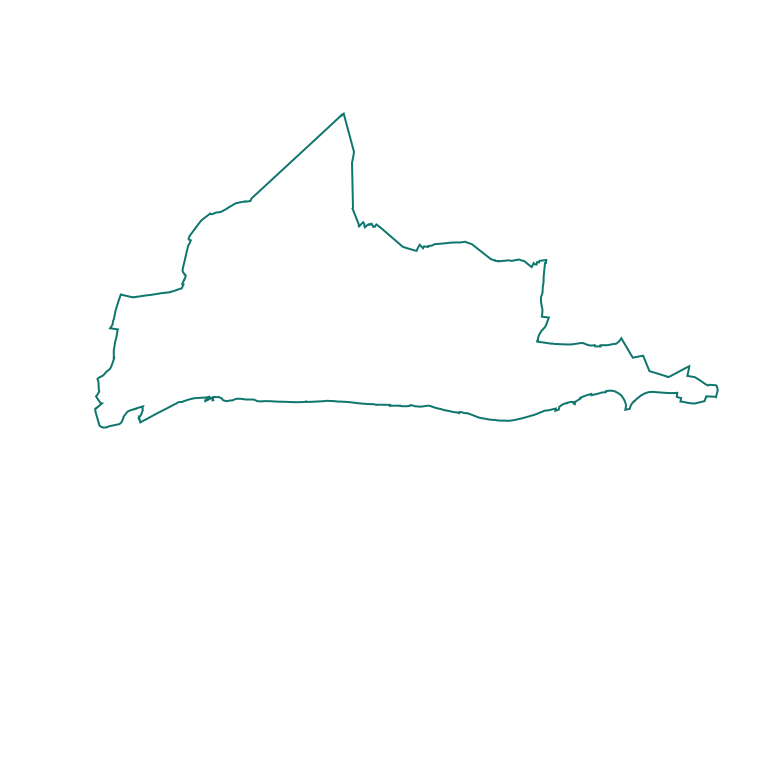 the district of Heerlen, Limburg, Netherlands, rotated 312°
{"feature_id": "6326949B1825961321722", "entity_name": "Heerlen", "entity_type": "district", "adm_level": 2, "iso_a3": "NLD", "parent_name": "Netherlands", "parent_adm1": "Limburg", "projection": "natural_earth1", "projection_center": [5.963, 50.878], "detail": "fine", "context": "isolated", "style": "outline", "palette": "teal", "viewbox_px": 768, "rotation_deg": 312, "n_neighbors": 0, "source": "geoboundaries", "source_scale": "gbopen_adm2", "svg_char_len": 6106}
<svg xmlns="http://www.w3.org/2000/svg" viewBox="0 0 768 768"><g transform="rotate(312 384 384)"><path d="M555.5,172.5L531.3,170.4L433.2,161.4L430.6,162.3L426.8,159.1L427.0,158.7L425.5,157.7L421.7,154.7L419.2,153.0L418.1,152.5L413.9,151.3L411.5,150.4L408.6,149.8L405.0,148.4L402.5,147.5L400.6,146.0L399.8,145.1L399.2,144.6L395.1,142.6L394.5,141.7L394.2,140.6L392.6,140.5L385.2,139.0L382.9,138.8L378.7,139.1L363.7,140.5L362.6,141.0L361.0,141.8L360.8,142.4L361.5,144.3L358.4,145.4L356.6,145.7L354.8,146.4L334.7,157.5L333.8,158.1L332.9,159.3L332.5,160.2L332.3,161.5L332.2,162.9L331.8,163.0L331.9,164.1L331.1,164.7L327.6,166.0L327.5,165.7L323.2,167.2L323.8,168.4L319.6,169.7L318.3,168.7L312.1,165.4L309.2,163.4L309.0,163.5L307.0,161.9L306.0,160.8L302.3,157.6L300.2,156.0L294.1,151.0L291.4,148.6L282.4,141.1L281.5,140.5L281.6,140.4L280.0,138.8L275.8,131.2L274.9,129.7L275.0,129.6L274.4,128.5L267.1,131.6L258.7,135.5L254.8,137.9L250.8,140.1L250.0,140.3L246.3,142.6L242.2,143.2L246.5,149.7L244.5,150.8L240.8,153.2L234.8,156.4L227.9,160.9L223.9,164.6L222.7,165.5L223.0,165.9L221.4,166.8L214.3,169.7L212.2,170.2L211.2,170.2L208.7,169.7L206.4,169.5L204.7,169.6L202.4,169.5L201.7,169.3L197.9,167.9L196.9,167.7L196.1,167.7L195.6,168.2L195.0,169.7L194.6,170.2L193.2,171.7L191.6,173.1L191.1,173.9L189.8,174.9L187.9,177.4L184.0,178.2L182.1,178.3L181.2,181.6L180.3,185.5L180.4,186.5L180.5,186.5L180.5,186.9L180.8,187.4L172.5,186.3L172.8,186.1L172.2,186.0L170.0,188.7L163.1,199.7L162.8,200.5L162.7,201.5L163.2,203.3L163.4,203.4L163.9,204.8L164.6,205.5L166.4,206.8L166.4,207.0L168.8,208.1L176.8,214.0L178.7,214.5L180.0,214.5L181.5,214.1L184.6,212.9L184.8,212.7L185.9,212.3L190.9,211.9L192.1,212.0L193.5,212.5L199.8,216.1L199.5,216.2L200.0,216.5L200.4,216.4L205.2,219.3L206.1,219.9L204.4,220.5L204.0,221.3L203.3,222.2L197.9,224.3L196.7,224.3L195.8,224.0L195.8,223.8L194.7,224.2L194.0,225.2L194.6,225.5L192.4,228.6L211.4,235.4L221.0,239.1L228.8,242.0L230.9,242.9L232.1,243.1L233.3,243.7L236.1,246.4L236.7,246.4L241.5,249.1L243.3,250.3L246.8,252.8L254.2,260.1L255.8,261.5L257.7,262.7L257.6,263.4L255.0,262.9L252.2,262.0L251.7,262.7L258.4,265.3L258.0,266.5L257.1,267.5L257.7,268.0L258.7,266.8L259.9,265.8L260.9,266.6L261.4,267.4L262.8,269.0L263.7,269.7L264.0,270.6L264.3,272.1L264.7,272.6L264.3,275.4L265.8,278.4L268.9,280.8L270.8,282.6L271.0,282.6L272.8,283.4L274.8,284.7L277.5,287.9L279.2,290.5L280.2,291.9L284.7,296.9L285.3,297.7L285.7,298.7L286.0,299.6L286.1,300.1L286.7,301.7L287.9,303.2L289.3,304.8L291.0,306.3L295.2,311.1L300.4,317.6L304.6,322.4L309.5,328.4L312.8,332.1L317.3,336.8L318.5,337.6L318.3,337.7L322.0,341.8L330.6,350.4L333.8,353.3L335.0,355.0L337.7,358.1L340.1,361.5L341.5,363.1L344.2,366.3L347.9,371.2L352.6,377.9L355.1,381.3L356.4,382.8L357.6,384.6L360.7,388.3L360.9,388.3L362.4,390.3L363.4,392.4L363.7,392.4L372.6,402.5L371.7,403.0L373.5,404.8L378.3,410.0L378.1,410.1L379.7,412.4L382.3,415.4L384.3,417.2L385.7,418.1L386.0,417.9L386.4,418.4L387.4,419.9L388.2,421.9L391.3,426.0L392.3,427.0L397.1,431.0L398.4,432.6L400.1,436.8L401.9,440.5L403.3,442.7L404.6,445.7L407.9,451.2L410.0,455.0L411.2,456.6L411.6,457.0L412.5,459.3L413.5,458.7L413.7,458.8L415.4,461.3L415.7,462.3L416.2,463.2L416.7,463.7L417.7,465.3L418.0,465.3L419.7,469.4L422.3,476.4L423.4,478.6L424.5,480.4L426.0,482.5L426.7,484.0L428.5,486.6L429.7,488.3L431.8,490.8L432.8,492.6L435.5,496.0L437.1,497.6L439.7,500.9L443.0,503.9L450.9,509.6L462.1,516.6L465.0,518.1L467.2,519.0L469.3,520.2L471.4,521.1L473.1,522.4L473.9,523.3L474.8,524.0L480.7,528.1L478.8,529.3L482.0,531.0L484.5,529.5L488.2,530.4L490.3,531.3L492.1,532.8L492.4,532.6L495.9,535.0L497.0,536.3L496.9,536.6L497.2,536.8L496.3,538.0L496.7,539.3L498.8,538.0L504.7,539.8L505.1,539.1L508.6,540.7L512.5,542.9L515.3,544.7L514.4,545.6L521.3,550.4L522.8,551.1L526.4,554.3L527.2,553.7L530.0,556.1L531.1,557.4L532.3,559.0L532.9,560.2L534.0,564.2L534.3,568.0L533.2,572.4L532.4,574.4L531.7,575.7L530.6,577.5L529.5,578.6L526.3,580.6L529.9,583.2L533.3,581.7L536.4,581.3L538.4,581.3L538.4,581.6L541.4,581.7L545.3,582.3L547.8,582.8L551.3,584.0L554.8,586.0L556.0,587.0L557.8,588.8L565.2,598.4L568.8,602.8L570.8,605.0L573.7,607.9L570.4,610.2L570.7,611.1L571.1,612.0L572.4,614.2L569.3,616.1L570.4,617.4L573.5,622.7L575.8,626.1L577.1,627.5L578.1,628.4L585.8,633.7L590.0,631.9L590.1,632.2L590.6,631.9L596.1,638.6L596.3,639.5L602.8,636.1L605.0,632.8L605.3,632.1L605.2,631.6L601.1,626.3L600.6,625.9L599.6,625.7L598.9,622.6L598.1,616.0L597.1,610.5L593.0,604.0L599.0,600.6L601.5,598.9L580.4,591.2L579.5,590.7L579.2,590.4L579.4,590.3L571.2,572.6L578.4,557.7L576.1,555.8L570.0,551.3L576.8,529.7L573.3,530.2L569.3,529.6L566.4,527.1L562.5,524.2L558.1,519.4L557.8,519.6L557.3,519.0L556.7,519.7L553.2,515.6L553.9,514.6L551.7,512.8L550.1,510.8L549.3,509.1L547.7,504.8L546.5,503.2L539.4,497.3L538.2,496.2L535.7,493.4L528.0,484.1L526.5,481.8L526.0,481.5L518.0,469.4L519.3,468.8L519.7,469.1L519.9,469.0L520.6,468.2L521.4,467.7L523.2,466.8L525.1,466.2L528.0,465.6L530.3,465.5L533.6,465.6L536.1,465.1L540.2,463.4L543.7,462.1L539.7,456.2L541.8,454.8L544.9,452.4L548.9,447.2L551.0,444.8L553.3,442.7L557.4,441.0L558.3,440.4L562.6,436.9L565.9,434.8L567.2,433.8L570.2,431.1L581.5,422.8L581.8,422.7L582.4,423.3L584.7,421.6L579.5,417.1L578.0,417.8L576.9,416.2L574.8,417.4L573.8,415.9L574.0,414.4L569.7,415.5L569.1,405.5L567.9,403.9L567.0,401.2L566.4,400.6L561.3,396.8L560.6,396.0L559.5,394.1L551.9,387.1L551.5,386.6L551.7,386.4L549.9,384.2L550.2,383.6L549.5,382.7L548.3,379.8L546.7,355.7L544.8,351.4L544.0,349.1L539.9,345.7L538.6,344.1L534.3,339.6L526.2,332.3L521.7,328.0L519.4,327.2L517.5,325.8L516.2,324.5L515.3,325.0L513.1,321.7L511.0,322.2L511.4,317.4L507.5,318.2L504.6,319.1L499.3,308.0L498.5,305.9L498.4,299.3L497.9,277.0L497.5,271.6L495.9,271.6L494.9,272.0L493.6,271.0L494.8,267.7L493.8,267.4L493.9,266.9L492.3,266.5L492.5,265.8L491.1,265.3L487.7,264.9L488.5,263.4L489.1,262.9L489.7,262.3L490.3,260.2L484.4,260.0L484.7,259.3L485.2,259.4L485.5,258.9L493.3,243.2L493.8,243.3L495.2,242.1L526.9,212.3L532.1,209.2L536.1,206.6L536.7,206.0L557.9,173.2L555.2,172.9L555.5,172.5Z" fill="none" stroke="#0f766e" stroke-width="2"/></g></svg>